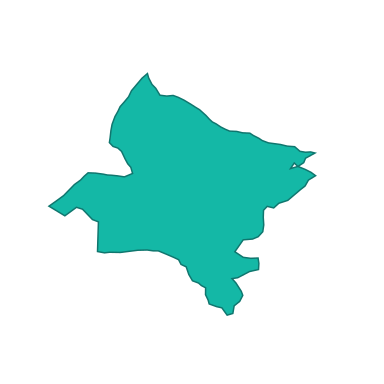 the district of Atalaia, Paraná, Brazil, rotated 51°
{"feature_id": "56859067B91834913468512", "entity_name": "Atalaia", "entity_type": "district", "adm_level": 2, "iso_a3": "BRA", "parent_name": "Brazil", "parent_adm1": "Paraná", "projection": "equal_earth", "projection_center": [-52.06, -23.127], "detail": "fine", "context": "isolated", "style": "filled", "palette": "teal", "viewbox_px": 384, "rotation_deg": 51, "n_neighbors": 0, "source": "geoboundaries", "source_scale": "gbopen_adm2", "svg_char_len": 1758}
<svg xmlns="http://www.w3.org/2000/svg" viewBox="0 0 384 384"><g transform="rotate(51 192 192)"><path d="M238.8,93.6L239.5,86.7L237.2,82.5L239.1,71.9L235.5,74.6L232.5,78.8L228.3,82.5L221.4,83.7L216.2,89.2L210.7,93.4L201.9,101.7L196.1,105.1L192.4,106.2L186.6,108.8L182.7,110.0L177.8,115.5L173.0,119.2L168.4,124.4L164.3,126.6L159.4,128.8L154.2,130.4L150.4,132.1L146.2,132.7L141.4,133.0L133.0,134.3L127.6,136.2L123.3,137.6L115.6,140.4L109.8,143.1L105.1,145.9L101.6,151.2L96.6,156.0L88.6,154.9L83.2,155.4L76.1,153.9L71.9,152.1L72.1,159.2L75.2,175.3L78.1,181.4L79.5,188.5L80.4,194.1L82.7,198.8L84.9,204.4L89.1,211.5L93.1,216.2L98.5,221.7L101.6,225.1L106.9,224.7L111.1,222.0L116.1,221.2L120.6,222.3L124.3,223.2L129.7,224.2L134.3,224.0L140.2,226.5L137.7,235.0L132.6,239.7L128.4,243.9L125.5,247.1L122.3,249.7L116.5,255.2L111.7,260.7L111.9,265.8L112.6,271.1L112.2,278.7L114.0,294.0L113.6,302.5L113.0,312.1L130.5,305.8L131.2,291.4L136.5,287.9L150.8,286.7L156.3,283.5L178.8,302.9L184.2,298.3L187.0,293.9L193.9,285.7L196.5,281.5L203.2,270.7L208.9,263.3L213.1,259.4L216.6,255.2L224.7,250.8L231.4,247.3L236.2,245.0L241.4,246.1L246.5,243.6L254.1,246.4L261.3,247.5L266.9,244.2L270.6,243.6L275.0,241.7L280.3,246.1L286.2,247.5L289.8,249.1L296.6,245.0L300.8,241.7L309.8,242.2L312.1,236.7L307.0,230.9L307.0,223.7L304.3,217.6L300.2,216.2L290.3,215.1L284.5,215.4L287.4,210.4L290.0,197.4L294.1,189.1L289.6,185.0L284.9,182.2L280.5,188.1L275.0,193.3L265.4,196.3L261.4,182.3L266.7,174.5L268.4,168.7L267.4,162.0L262.8,157.0L256.6,152.6L251.2,147.9L250.5,142.6L255.8,138.5L255.4,131.6L258.8,122.8L258.4,106.2L258.5,100.3L256.0,94.0L257.1,85.7L251.7,87.1L245.7,89.8L238.8,93.6ZM238.8,93.6L235.8,100.7L233.8,94.3L238.8,93.6Z" fill="#14b8a6" stroke="#0f766e" stroke-width="1.5"/></g></svg>